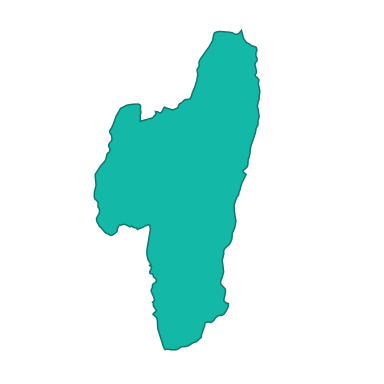 an SVG outline of Tolima, rotated 165°
{"feature_id": "COL-1402", "entity_name": "Tolima", "entity_type": "Department", "adm_level": 1, "iso_a3": "COL", "parent_name": "Colombia", "parent_adm1": "", "projection": "mercator", "projection_center": [-75.185, 4.102], "detail": "fine", "context": "isolated", "style": "filled", "palette": "teal", "viewbox_px": 384, "rotation_deg": 165, "n_neighbors": 0, "source": "natural_earth", "source_scale": "10m", "svg_char_len": 3965}
<svg xmlns="http://www.w3.org/2000/svg" viewBox="0 0 384 384"><g transform="rotate(165 192 192)"><path d="M281.4,232.4L280.8,234.2L273.2,241.1L268.2,244.3L266.8,245.9L265.8,247.5L264.5,250.2L263.5,251.2L262.7,251.6L261.9,251.8L261.3,252.4L260.6,253.6L260.1,254.7L260.3,256.1L260.6,257.1L260.6,258.3L260.1,259.3L258.7,260.9L257.5,261.5L256.4,262.5L255.7,263.8L255.1,266.7L255.3,268.5L255.9,270.0L256.0,271.3L255.3,272.8L252.9,275.0L250.4,278.0L245.8,284.7L239.3,291.3L232.3,292.7L226.5,292.1L220.9,290.8L219.9,289.9L219.4,288.7L219.7,287.4L220.2,285.9L220.5,284.4L220.8,282.2L221.0,281.5L221.9,280.1L222.3,279.1L222.4,277.8L223.2,275.1L223.8,273.7L211.8,273.8L210.8,273.9L209.9,274.3L209.1,275.2L207.7,275.8L206.5,277.2L206.5,279.2L204.1,278.2L203.8,277.6L203.2,276.9L202.2,276.6L200.8,276.9L199.0,278.6L198.2,279.8L197.2,280.8L196.7,281.1L194.9,279.7L193.3,278.8L190.8,277.1L189.6,276.4L188.4,276.3L184.8,276.8L184.2,277.1L183.4,277.6L182.6,278.9L181.9,279.8L181.0,280.5L178.5,281.1L177.5,281.6L176.3,282.5L174.9,282.9L173.8,282.9L172.6,282.6L171.3,282.4L169.9,282.7L168.1,284.3L165.8,288.0L162.1,292.7L158.7,298.2L156.0,303.9L155.6,308.6L152.5,311.7L151.6,315.7L149.4,318.4L137.5,328.2L132.9,333.0L130.2,338.5L129.1,339.9L127.4,340.2L123.9,340.0L114.3,336.6L111.8,335.3L110.3,334.0L109.4,333.0L107.6,332.8L106.1,332.8L102.4,335.3L102.5,327.2L100.8,322.4L98.2,320.1L96.6,317.7L94.8,317.0L92.5,315.1L92.5,313.8L92.6,312.3L93.0,311.3L94.2,310.1L95.0,306.8L94.6,304.6L95.1,301.9L97.0,300.7L98.2,299.0L98.4,292.3L98.8,290.7L99.5,289.8L100.4,289.2L100.9,288.4L100.6,287.1L99.7,286.0L98.3,283.0L99.8,279.7L100.2,276.7L100.2,272.7L101.0,270.2L102.3,267.3L102.7,265.3L103.6,263.6L104.9,261.7L105.6,260.0L106.6,258.4L106.8,256.8L106.7,254.5L107.6,247.7L108.7,245.4L109.7,244.1L110.9,239.7L111.5,239.2L113.7,236.6L114.1,235.8L115.5,232.7L123.6,220.5L126.4,213.6L128.2,210.2L129.5,208.3L131.1,203.6L132.1,202.1L133.5,201.2L137.3,199.5L137.3,198.2L135.2,195.0L141.5,187.8L143.6,184.4L144.5,182.5L147.0,179.1L147.8,177.0L150.5,174.9L153.4,170.6L154.8,168.3L156.3,160.7L157.2,152.3L160.0,146.4L163.6,142.0L165.7,136.2L166.6,134.8L169.3,131.9L175.2,128.8L175.9,127.9L176.7,126.7L177.4,123.8L180.7,117.8L180.6,116.9L182.1,106.7L184.8,102.0L187.0,99.0L187.8,97.1L188.0,95.2L186.9,93.4L185.0,89.7L185.2,88.1L185.7,86.3L189.5,78.9L187.8,76.0L185.7,74.9L186.8,71.7L189.6,68.5L192.3,66.1L194.1,65.3L195.6,65.1L197.0,65.6L198.7,65.6L200.9,64.8L202.7,63.7L203.8,62.5L207.4,61.0L210.0,62.2L211.8,62.6L212.9,62.2L213.5,61.7L213.8,61.1L214.0,60.4L214.8,59.0L219.9,51.5L220.5,49.3L223.5,47.9L224.5,47.2L226.6,46.3L228.3,46.2L230.9,45.9L235.4,44.4L237.9,44.3L242.5,45.3L244.9,44.3L247.4,43.8L248.5,43.8L252.9,45.0L257.5,47.0L258.8,46.6L259.6,49.2L260.4,69.0L258.8,76.5L258.7,79.0L259.1,80.4L260.9,83.2L261.3,84.0L260.6,84.7L257.8,86.0L257.1,86.6L257.3,87.5L258.7,91.6L258.6,92.9L258.3,93.9L258.1,94.8L258.7,95.8L257.2,96.3L256.4,97.4L256.1,99.0L256.2,100.8L257.1,106.8L256.6,108.3L254.9,110.1L254.6,111.4L254.1,112.7L252.8,113.4L251.3,113.9L249.9,114.7L249.1,116.2L249.5,117.6L251.2,120.2L251.2,120.6L251.1,121.1L251.0,121.7L251.2,122.6L251.8,123.3L252.6,123.5L253.4,123.9L253.7,124.8L253.3,126.2L251.2,128.7L250.4,130.2L251.8,131.5L252.0,132.2L250.4,132.7L252.0,137.9L251.8,142.9L250.6,147.5L241.9,166.7L241.4,170.4L242.7,171.7L245.3,171.5L248.8,170.6L251.5,170.4L254.5,169.9L254.7,171.3L257.5,172.8L258.0,173.1L258.8,174.9L260.8,174.3L264.8,177.8L266.2,178.4L267.6,178.6L268.8,178.4L269.6,178.5L270.3,179.0L270.9,178.8L271.6,178.3L272.5,177.0L273.2,176.4L273.6,175.7L274.2,173.9L274.9,173.2L275.9,172.5L279.2,171.2L280.4,171.0L281.2,171.0L282.4,171.6L283.0,172.3L284.0,173.2L286.2,174.9L288.9,180.8L289.8,181.9L290.6,183.8L290.8,185.2L291.5,188.2L291.2,191.0L289.7,192.8L289.0,193.4L287.4,195.1L286.6,196.7L286.1,198.2L285.9,199.7L286.7,201.8L285.3,206.5L287.7,210.7L287.7,212.3L287.2,214.5L286.1,217.5L282.9,223.4L281.4,232.4Z" fill="#14b8a6" stroke="#0f766e" stroke-width="1.5"/></g></svg>